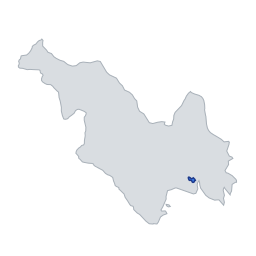 Kangnam, P'yŏngyang, North Korea (highlighted), rotated 263°
{"feature_id": "82179303B41089875582012", "entity_name": "Kangnam", "entity_type": "district", "adm_level": 2, "iso_a3": "PRK", "parent_name": "North Korea", "parent_adm1": "P'yŏngyang", "projection": "robinson", "projection_center": [125.6, 38.866], "detail": "fine", "context": "in_parent", "style": "filled", "palette": "blue", "viewbox_px": 256, "rotation_deg": 263, "n_neighbors": 0, "source": "geoboundaries", "source_scale": "gbopen_adm2", "svg_char_len": 3638}
<svg xmlns="http://www.w3.org/2000/svg" viewBox="0 0 256 256"><g transform="rotate(263 128 128)"><path d="M156.6,194.5L155.5,195.1L153.6,198.3L151.8,202.4L150.1,204.7L148.2,205.9L146.0,206.6L141.8,206.9L138.0,206.6L136.7,206.2L131.4,206.5L130.0,206.7L122.4,206.4L118.4,206.8L115.9,207.6L113.4,209.2L111.2,211.7L109.2,214.4L105.3,219.3L102.5,221.7L102.5,225.1L102.5,226.2L101.5,226.9L101.2,226.6L99.6,226.3L93.1,223.2L87.8,225.1L86.5,227.6L85.0,228.4L82.9,223.5L79.5,223.4L74.0,219.1L71.6,220.0L71.0,221.7L68.0,225.6L63.8,228.9L62.4,229.3L60.9,229.1L61.1,228.2L59.4,224.5L52.8,223.1L50.4,221.5L49.2,221.2L55.7,217.1L57.4,216.3L56.1,215.4L54.7,214.9L49.4,215.5L46.6,214.2L42.5,214.6L39.7,213.5L45.6,209.5L45.8,207.1L45.8,205.3L48.7,200.0L51.7,197.0L59.4,192.8L62.7,192.3L65.2,192.4L67.2,192.0L65.1,190.4L63.0,189.7L59.1,189.9L54.9,187.4L54.6,184.9L62.6,168.8L62.7,167.4L61.5,163.4L61.0,159.6L55.3,157.4L52.8,157.2L45.5,152.9L42.6,150.7L41.4,151.3L41.2,154.8L40.2,155.5L38.2,156.2L37.3,152.3L35.7,149.4L30.9,146.6L29.2,145.0L30.0,141.5L29.6,141.2L30.4,137.4L33.4,134.4L40.7,129.1L42.6,126.7L46.3,123.8L47.9,123.8L49.6,123.6L50.2,122.3L50.6,121.3L52.0,120.4L55.6,118.8L59.6,116.7L62.9,116.1L66.8,113.0L68.4,111.6L70.0,111.6L70.5,110.9L71.4,109.3L72.6,108.2L74.4,108.0L77.2,107.2L80.8,106.8L83.2,104.1L84.0,102.2L85.7,100.1L89.1,97.8L91.4,94.5L94.0,90.8L95.2,89.6L96.4,89.4L97.2,88.0L98.0,84.1L99.2,80.4L99.9,78.6L102.8,76.6L103.6,75.7L104.3,75.4L105.7,75.6L107.5,74.5L109.3,73.2L110.9,73.7L112.5,74.7L114.2,76.8L115.0,78.5L116.3,79.9L116.6,81.9L117.9,82.8L120.8,83.2L125.5,84.6L128.5,84.7L130.2,85.7L133.9,86.3L141.1,85.5L144.0,85.9L145.3,87.2L147.1,88.2L148.3,88.3L149.9,86.5L151.5,83.7L152.6,81.6L152.6,79.9L151.6,78.0L149.2,76.3L147.6,73.7L146.1,70.9L145.2,70.1L144.4,68.7L144.3,66.7L144.8,65.3L148.4,64.4L153.0,63.9L156.7,64.4L162.9,64.0L166.7,63.3L169.5,63.4L172.1,63.4L173.3,62.2L176.9,59.4L178.6,58.4L180.5,56.5L180.8,54.5L181.1,52.9L182.2,51.1L184.0,49.0L185.6,48.0L187.4,48.2L189.4,49.1L190.6,50.1L191.9,49.8L193.0,48.2L193.8,47.8L196.0,47.7L196.6,46.7L197.4,41.7L198.1,37.8L198.2,35.1L200.1,30.6L200.6,27.9L201.8,26.7L203.1,26.7L204.2,27.5L205.6,28.0L207.5,27.6L208.8,28.3L209.7,29.7L212.5,30.7L212.7,31.5L212.8,36.3L214.3,38.6L216.4,40.7L219.2,42.6L220.7,43.0L221.7,44.4L222.5,46.7L224.6,48.9L225.7,50.6L225.9,52.3L226.8,53.3L225.3,54.3L223.2,53.7L219.7,53.3L215.3,56.6L212.9,57.8L211.2,61.1L207.8,63.1L205.9,65.2L203.5,68.8L202.0,72.3L198.3,75.9L196.2,80.3L196.2,84.2L198.6,88.1L198.9,91.5L197.3,98.4L198.4,105.7L197.4,108.6L186.0,113.6L183.0,116.1L178.9,122.6L173.7,125.0L170.6,127.6L166.1,129.2L163.3,133.8L160.3,136.4L156.5,138.0L153.8,140.0L147.5,140.1L143.2,141.5L140.1,145.4L130.7,149.8L129.4,153.1L130.1,158.2L130.2,162.2L129.4,165.4L127.3,164.5L126.2,165.5L125.0,168.5L125.3,171.9L128.6,173.0L131.3,174.4L135.0,175.1L137.8,176.7L143.7,183.9L148.5,187.0L149.8,188.2L152.5,189.8L155.1,192.2L156.6,194.5ZM46.7,159.3L44.9,160.4L44.8,158.4L46.2,156.7L47.6,156.5L46.7,159.3Z" fill="#d9dde1" stroke="#a8b0b8" stroke-width="1"/><path d="M68.4,184.0L68.2,184.4L67.9,184.7L67.6,184.9L67.4,184.9L66.8,185.1L66.6,185.2L66.4,185.3L66.1,185.8L66.1,186.1L66.2,186.5L66.3,186.8L66.5,187.1L66.7,187.3L66.9,187.4L67.0,187.4L67.5,187.5L67.7,187.8L67.8,188.2L67.8,188.4L68.2,188.3L68.5,188.2L68.8,188.1L69.0,188.0L69.6,187.5L69.9,187.3L70.6,186.7L70.1,185.9L69.9,185.2L70.0,184.5L70.4,184.2L70.9,183.8L71.3,183.3L71.6,183.0L71.7,182.7L71.7,182.4L71.8,182.1L71.6,181.9L70.9,181.8L69.7,182.0L69.3,182.2L68.9,182.3L68.6,182.6L68.5,182.8L68.5,183.0L68.5,183.5L68.4,184.0L68.4,184.0Z" fill="#3b82f6" stroke="#1e3a8a" stroke-width="1.5"/></g></svg>